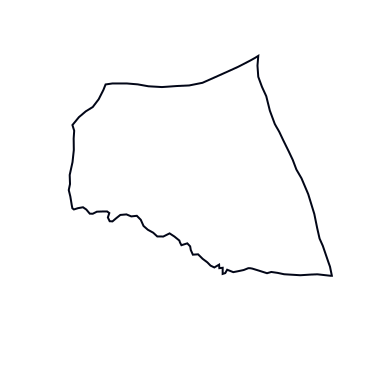 Bleebo, Grand Kru, Liberia, rotated 66°
{"feature_id": "62588387B93469506869608", "entity_name": "Bleebo", "entity_type": "district", "adm_level": 2, "iso_a3": "LBR", "parent_name": "Liberia", "parent_adm1": "Grand Kru", "projection": "albers", "projection_center": [-7.948, 4.745], "detail": "fine", "context": "isolated", "style": "outline", "palette": "ink", "viewbox_px": 384, "rotation_deg": 66, "n_neighbors": 0, "source": "geoboundaries", "source_scale": "gbopen_adm2", "svg_char_len": 1537}
<svg xmlns="http://www.w3.org/2000/svg" viewBox="0 0 384 384"><g transform="rotate(66 192 192)"><path d="M58.6,227.2L62.7,231.4L69.3,239.5L74.0,248.1L75.1,256.2L77.6,264.8L82.2,274.0L88.1,274.7L95.1,278.4L97.0,279.2L105.6,282.9L116.1,289.0L126.7,296.8L135.1,300.2L140.1,303.8L146.7,305.0L155.1,307.2L158.2,307.9L159.9,307.0L160.4,302.7L161.6,297.8L165.0,295.7L170.2,294.2L171.5,291.5L171.3,286.9L173.1,282.4L175.2,277.5L177.6,276.1L181.0,279.2L185.2,279.1L186.5,276.6L185.1,271.8L183.8,266.8L185.8,261.0L189.6,257.4L191.3,252.1L196.5,250.1L203.3,250.1L208.5,247.7L213.4,244.0L218.5,241.8L221.0,236.3L220.7,229.3L225.5,226.2L231.2,223.3L233.2,223.5L236.3,223.3L237.0,217.2L240.9,215.8L244.5,216.7L249.6,216.7L251.4,211.8L257.3,209.5L262.5,206.6L266.8,205.0L270.0,202.3L269.4,196.8L272.7,198.0L273.7,194.8L277.3,196.4L279.3,197.3L279.6,194.6L277.3,191.5L282.0,186.9L283.0,182.6L284.3,176.5L284.5,171.6L285.2,170.0L286.4,168.2L291.1,162.8L296.7,156.5L297.3,152.1L300.7,146.7L304.6,141.3L312.1,126.9L315.7,117.2L318.2,110.9L325.0,99.3L325.4,98.3L316.3,96.3L312.3,96.0L294.4,94.4L286.4,94.4L275.8,92.3L261.8,89.2L241.2,86.7L224.0,86.4L214.0,87.5L203.7,86.9L194.6,87.1L181.7,87.6L172.7,87.8L169.5,88.1L166.9,88.4L163.5,88.7L149.4,87.8L142.0,86.5L134.7,85.2L126.9,85.3L124.2,85.3L113.7,84.6L103.2,80.8L94.6,76.1L95.1,79.7L95.6,85.1L96.4,99.0L96.5,115.6L96.5,134.8L96.5,138.0L93.5,151.3L89.0,162.8L85.7,171.9L83.9,176.8L77.7,188.8L71.6,197.8L66.5,207.1L65.9,208.4L60.5,220.5L58.6,227.2Z" fill="none" stroke="#020617" stroke-width="2"/></g></svg>